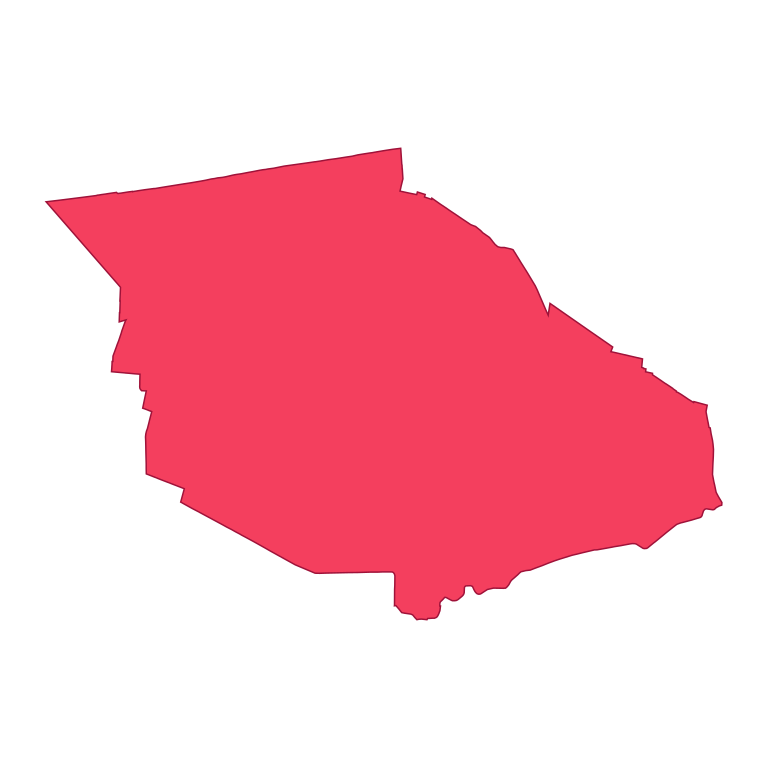 San Nicolás de los Garza, Nuevo León, Mexico (Equal Earth projection)
{"feature_id": "50627088B83196727930026", "entity_name": "San Nicolás de los Garza", "entity_type": "district", "adm_level": 2, "iso_a3": "MEX", "parent_name": "Mexico", "parent_adm1": "Nuevo León", "projection": "equal_earth", "projection_center": [-100.265, 25.736], "detail": "fine", "context": "isolated", "style": "filled", "palette": "rose", "viewbox_px": 768, "rotation_deg": 0, "n_neighbors": 0, "source": "geoboundaries", "source_scale": "gbopen_adm2", "svg_char_len": 5560}
<svg xmlns="http://www.w3.org/2000/svg" viewBox="0 0 768 768"><path d="M706.1,411.1L707.2,405.2L693.9,401.6L693.6,402.5L688.4,399.3L686.8,398.2L681.6,394.7L678.5,392.8L677.8,392.4L677.2,392.2L676.4,391.9L676.4,391.1L673.2,388.9L672.8,388.4L672.5,388.2L670.3,386.7L665.9,383.8L665.3,383.5L662.4,381.5L660.7,380.3L652.5,374.8L652.5,373.3L645.6,371.8L645.9,368.9L643.7,368.6L643.7,368.1L641.7,367.4L642.5,358.9L614.7,352.5L610.9,351.7L612.7,347.0L587.6,329.6L580.0,324.3L550.0,303.4L548.2,315.2L545.6,309.4L541.6,300.1L539.9,296.2L537.3,290.1L535.3,285.9L527.3,272.6L520.8,262.3L519.3,259.8L516.2,254.8L515.2,253.1L514.3,251.8L513.2,249.9L512.5,249.5L511.0,249.0L507.5,248.2L504.4,247.5L502.4,247.5L500.9,247.5L499.6,247.2L498.0,246.8L497.1,246.2L496.3,245.4L495.0,244.5L494.9,244.2L494.5,243.7L493.0,241.9L491.5,239.9L490.2,238.3L489.5,237.5L488.3,236.6L486.4,235.3L484.7,234.1L482.8,232.8L481.0,230.9L475.6,226.5L472.6,225.4L470.7,224.6L469.6,223.9L465.9,221.4L461.7,218.6L449.7,210.5L447.1,208.7L440.1,204.0L431.9,198.2L431.7,199.4L424.5,197.0L425.2,194.5L417.4,192.0L416.7,194.6L409.2,193.1L400.0,191.1L400.6,188.6L401.1,186.2L401.7,183.8L402.3,181.3L402.9,178.9L402.9,178.5L402.3,169.1L402.2,169.1L402.0,164.9L401.8,164.6L400.8,149.5L400.7,148.3L392.6,149.3L383.6,150.7L381.2,151.1L374.2,152.3L372.1,152.7L369.7,153.0L362.6,154.1L357.7,154.9L352.2,156.2L346.7,157.0L341.0,157.9L335.9,158.7L330.6,159.4L328.3,159.7L319.9,161.1L315.1,161.8L314.7,161.8L310.0,162.5L297.2,164.3L284.2,166.1L279.2,167.1L273.8,168.2L267.8,169.0L265.9,169.4L263.1,169.7L259.5,170.3L251.8,171.8L248.9,172.3L241.1,173.8L236.1,174.5L232.9,175.1L229.1,176.0L226.1,176.7L224.0,177.1L222.3,177.4L217.6,177.9L214.8,178.5L211.2,179.0L205.8,180.2L200.9,181.1L190.3,182.9L183.6,183.9L174.9,185.3L165.5,186.8L160.6,187.6L154.7,188.6L154.2,188.5L145.0,189.7L138.3,190.7L136.0,191.1L133.9,191.4L132.6,191.7L132.5,191.4L127.9,192.0L123.5,192.7L121.1,193.1L118.5,193.4L118.0,193.5L117.4,193.3L117.0,192.9L116.5,192.4L107.5,193.7L105.8,194.0L101.3,194.6L99.1,195.0L97.2,195.2L96.9,195.3L96.6,195.5L86.6,196.8L75.6,198.2L59.6,200.2L46.1,201.8L120.1,286.8L120.5,287.3L120.1,297.1L119.9,301.0L120.2,301.0L119.8,312.7L119.5,312.7L119.2,321.9L126.0,319.9L125.3,321.2L123.7,325.7L122.5,329.1L122.1,330.2L121.8,331.0L121.3,332.9L120.4,335.6L120.1,336.5L118.7,340.7L117.2,344.5L116.2,347.4L116.0,347.9L114.6,351.7L113.0,356.1L112.8,361.5L112.1,361.5L112.0,364.7L111.9,366.0L111.8,367.9L111.6,370.5L111.5,371.7L119.1,372.4L124.9,372.9L125.5,373.0L127.0,373.1L128.3,373.2L131.4,373.5L134.6,373.8L140.0,374.2L139.9,378.4L139.8,381.7L139.8,384.8L139.7,386.3L139.8,388.0L140.1,388.7L140.4,389.3L141.1,390.2L141.6,390.7L146.3,390.9L144.7,398.4L142.7,408.2L144.8,408.9L151.7,411.6L151.3,413.4L151.0,414.5L150.6,416.1L150.2,417.6L149.4,420.7L149.1,422.0L147.4,428.7L146.5,431.0L145.8,434.0L145.5,436.9L145.6,439.1L145.7,441.6L145.8,445.8L145.9,451.8L146.2,464.0L146.2,466.0L146.2,468.3L146.3,473.9L161.3,479.8L184.3,488.7L180.7,502.1L192.6,508.7L197.6,511.3L222.3,524.6L226.6,527.0L227.6,527.5L231.1,529.3L231.5,529.5L235.9,532.0L236.2,532.1L236.3,532.2L239.0,533.6L240.8,534.6L241.2,534.9L245.9,537.4L253.1,541.3L259.2,544.7L264.9,547.9L271.0,551.4L295.2,564.8L315.1,573.2L319.7,573.3L325.5,573.1L348.4,572.6L357.8,572.5L370.7,572.1L378.0,572.1L383.0,571.9L390.7,571.9L392.4,572.0L393.3,572.5L394.3,573.7L394.8,575.4L394.9,575.9L394.9,576.7L394.8,585.4L394.6,589.3L394.5,604.9L394.4,605.8L395.9,605.6L398.7,608.8L401.7,612.6L404.6,613.2L410.8,614.1L412.5,614.8L413.2,615.5L414.8,617.5L416.9,619.7L418.1,619.4L419.4,619.2L421.6,619.1L426.2,619.6L427.0,619.7L427.6,618.5L432.6,618.2L434.5,618.2L436.2,617.5L437.2,616.7L438.0,615.4L438.9,613.5L439.4,612.0L439.9,610.8L440.1,609.1L440.5,606.0L439.8,606.0L439.8,604.3L439.9,603.2L440.0,602.6L440.3,602.1L440.7,601.5L441.4,600.9L443.0,599.3L443.8,598.4L444.4,597.7L444.9,597.3L445.6,597.4L446.6,597.7L447.1,598.0L448.7,598.9L451.4,600.3L452.4,600.7L453.3,600.7L454.3,600.7L455.0,600.7L456.6,600.4L458.3,599.4L461.9,596.4L462.1,596.2L463.0,595.3L463.8,594.0L464.2,592.6L464.4,587.9L464.5,587.2L465.1,586.4L465.9,585.9L470.7,585.7L472.4,586.4L472.9,587.3L473.7,589.1L474.5,590.7L475.1,591.7L476.1,592.9L477.2,593.8L478.7,594.2L479.9,594.1L480.6,593.9L481.1,593.6L481.3,593.5L482.0,593.1L482.5,592.6L483.2,592.3L483.4,592.1L487.4,589.5L489.1,589.1L493.1,588.2L493.6,588.1L503.5,588.3L504.0,588.2L505.4,588.2L506.3,587.6L507.4,586.5L508.9,584.6L510.5,581.6L511.4,580.4L512.2,579.6L517.6,574.9L519.6,572.9L520.9,571.8L525.8,570.6L530.2,570.1L535.9,567.9L541.7,565.8L548.4,563.1L554.6,560.8L559.4,559.2L571.3,555.5L572.3,555.2L577.4,554.0L582.2,552.8L593.2,550.2L594.4,549.9L595.4,549.9L597.3,549.8L598.9,549.5L602.4,548.9L605.2,548.4L612.3,547.1L614.2,546.7L621.1,545.6L623.1,545.2L630.1,543.9L632.3,543.6L634.9,543.7L636.0,544.0L636.7,544.3L637.6,544.9L643.0,548.3L644.2,548.6L645.7,548.5L646.6,548.4L647.6,547.9L653.8,542.8L655.3,541.7L657.0,540.3L666.7,532.3L675.4,525.4L676.9,524.3L681.0,522.8L681.7,522.7L691.5,520.1L700.7,517.3L701.7,516.2L702.1,515.4L702.5,513.9L703.6,510.7L704.8,509.3L706.3,508.8L712.1,509.7L713.0,509.8L714.4,509.4L716.3,507.6L716.8,507.3L717.4,507.0L718.3,506.5L719.2,506.0L720.0,505.7L721.7,505.2L721.8,504.5L721.9,502.5L718.4,496.6L716.8,493.6L716.1,492.2L715.2,487.8L714.6,484.9L713.9,482.0L712.5,474.5L712.9,464.0L713.3,456.6L713.5,449.4L713.0,444.0L712.5,440.3L711.1,433.7L710.2,427.9L709.0,427.4L708.2,423.0L707.6,420.2L706.8,415.9L706.3,413.2L706.2,412.9L706.1,411.8L706.1,411.1Z" fill="#f43f5e" stroke="#9f1239" stroke-width="1.5"/></svg>